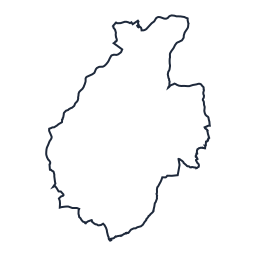 the district of Lazareni, Bihor, Romania
{"feature_id": "2599482B97627536391850", "entity_name": "Lazareni", "entity_type": "district", "adm_level": 2, "iso_a3": "ROU", "parent_name": "Romania", "parent_adm1": "Bihor", "projection": "albers", "projection_center": [22.063, 46.86], "detail": "fine", "context": "isolated", "style": "outline", "palette": "slate", "viewbox_px": 256, "rotation_deg": 0, "n_neighbors": 0, "source": "geoboundaries", "source_scale": "gbopen_adm2", "svg_char_len": 5772}
<svg xmlns="http://www.w3.org/2000/svg" viewBox="0 0 256 256"><path d="M111.3,240.1L111.2,239.5L110.8,239.1L110.8,238.8L113.4,238.3L114.3,237.8L114.9,237.0L115.7,236.4L116.1,236.7L117.2,236.2L120.1,235.7L120.6,235.9L120.8,235.5L121.3,235.4L121.7,235.6L122.0,235.2L123.5,234.4L124.2,233.8L124.6,233.9L125.3,233.6L125.7,233.2L126.1,233.4L126.2,233.2L126.1,232.9L127.0,232.7L127.7,233.1L128.4,232.9L130.5,230.2L131.1,229.6L133.7,228.4L135.7,228.3L136.7,227.6L137.5,227.2L140.9,226.3L142.9,224.7L144.5,222.1L146.2,220.1L146.2,219.3L146.6,219.0L148.6,216.4L148.6,216.0L149.7,215.3L150.3,214.4L152.5,212.4L153.5,211.2L153.5,210.9L153.3,210.5L153.7,209.9L153.6,209.5L154.3,206.6L154.8,203.3L155.6,202.2L157.0,198.5L156.9,197.9L156.9,196.6L157.1,195.6L156.9,195.2L156.5,193.8L156.9,193.2L157.0,191.3L156.9,189.6L157.0,189.0L157.2,187.7L157.4,187.1L157.7,186.9L158.1,186.4L160.7,181.6L161.5,179.7L162.3,177.3L165.4,177.4L166.0,177.2L167.3,175.7L171.9,175.8L177.7,175.2L179.5,165.3L179.5,164.5L178.5,159.0L178.7,158.9L179.9,159.3L180.7,160.0L182.0,160.8L183.2,161.9L183.5,162.4L183.6,162.9L186.3,165.2L187.0,166.0L187.6,166.3L188.1,166.2L189.2,166.5L190.1,167.3L191.4,167.3L191.9,167.0L192.7,167.1L194.4,167.5L194.9,167.4L196.3,167.9L196.3,168.2L197.0,168.0L197.4,167.5L198.7,166.8L198.9,165.6L198.9,165.1L198.5,164.0L198.1,163.5L197.5,163.1L196.0,160.4L196.0,160.0L196.8,159.4L197.5,159.0L197.0,157.9L195.8,156.9L195.7,156.5L195.7,156.2L196.2,156.1L196.0,155.5L196.2,154.8L196.3,155.0L196.3,154.2L196.7,154.1L196.9,153.6L197.2,153.5L197.1,152.9L196.9,152.3L197.0,150.2L197.6,149.5L197.6,149.1L198.9,148.4L199.1,148.1L200.0,148.0L200.6,147.7L201.6,147.8L202.1,147.6L202.3,147.9L203.2,148.0L203.3,147.9L204.6,148.3L205.0,148.3L204.9,147.7L205.2,147.3L205.3,146.6L205.1,145.9L204.8,145.5L205.2,145.5L205.4,145.7L205.6,145.7L205.9,145.2L205.8,144.2L206.0,141.6L207.2,141.4L207.6,141.0L207.9,140.4L208.0,140.4L208.1,140.1L208.1,139.7L207.8,139.7L208.3,138.6L208.6,138.6L208.7,138.2L208.9,138.3L209.2,138.0L207.9,133.8L207.6,131.9L207.3,131.2L207.3,130.8L207.6,130.6L207.2,129.9L205.1,128.3L204.6,127.3L205.7,126.8L206.2,126.8L206.5,126.5L207.2,126.3L207.4,126.0L208.5,125.7L209.8,125.7L209.6,124.5L209.4,121.8L208.8,119.6L208.4,117.4L207.9,116.7L206.6,115.9L205.4,114.6L204.7,112.8L204.3,110.9L204.7,107.0L204.0,104.7L203.9,102.6L203.7,101.4L203.1,100.5L202.8,99.9L202.9,99.2L203.1,98.7L203.6,98.0L203.8,97.4L204.0,95.8L203.9,95.3L203.5,94.6L203.3,93.4L203.3,92.5L203.9,90.4L203.9,89.8L203.6,89.2L203.7,88.0L203.4,87.0L202.3,86.0L201.1,84.4L199.8,83.8L198.4,83.8L196.4,84.4L192.9,85.0L189.4,86.1L187.1,86.1L183.9,85.9L181.4,86.0L179.0,85.7L176.8,84.8L175.6,84.0L174.4,83.6L173.3,84.3L172.6,84.5L170.4,85.5L169.1,87.0L168.2,87.7L168.4,87.1L169.1,86.1L169.4,85.4L169.4,82.9L169.6,82.2L169.6,81.5L169.1,80.2L169.1,79.0L168.5,78.0L167.8,74.3L168.3,71.7L169.1,70.5L169.5,69.5L170.0,66.2L170.0,65.3L169.7,63.5L169.6,60.9L169.7,58.7L170.0,57.4L169.9,54.4L170.0,53.7L170.3,52.9L171.5,50.9L173.5,48.2L175.1,45.0L176.7,42.9L177.8,42.3L179.3,41.7L180.7,40.9L181.6,40.6L182.1,40.1L183.6,37.8L183.7,37.3L183.8,35.4L184.7,32.5L186.1,30.4L187.4,28.5L187.9,27.5L188.1,26.5L188.4,23.8L188.5,23.5L188.3,23.4L187.6,20.0L187.7,18.6L187.6,18.3L186.4,18.0L184.3,17.0L180.4,16.4L176.4,16.3L174.4,15.7L171.7,15.4L170.0,15.9L168.8,16.7L168.1,17.7L166.7,18.5L165.9,18.7L164.2,18.6L160.3,17.2L158.7,17.0L157.9,17.1L156.4,17.9L155.8,18.7L154.2,21.4L151.6,23.3L146.3,29.1L144.7,30.0L143.6,30.3L141.6,30.4L141.3,28.4L141.1,27.9L140.7,27.4L139.5,26.4L138.9,27.1L138.6,26.9L138.3,27.2L137.8,26.8L137.2,25.7L138.6,24.7L138.1,23.7L138.1,22.3L138.5,21.5L137.9,20.7L132.7,24.2L131.4,22.3L130.0,23.1L128.3,22.3L126.4,21.8L124.7,21.8L120.7,23.1L118.8,23.2L117.0,23.2L116.3,22.6L115.8,22.6L114.7,24.1L113.7,25.1L113.0,26.0L113.4,26.3L113.4,27.4L113.6,27.7L113.7,28.1L114.4,28.7L114.8,29.6L115.1,29.8L115.9,32.7L115.7,34.6L115.8,35.7L116.0,36.3L115.9,36.8L116.7,39.1L116.8,39.7L116.8,40.4L116.5,41.1L116.2,41.4L115.8,41.3L115.4,41.5L115.2,41.9L114.7,42.5L113.7,43.2L122.2,49.4L121.2,51.9L120.8,52.4L118.3,54.3L116.6,54.9L113.9,54.7L111.6,55.4L111.2,55.8L109.8,58.3L108.6,60.9L107.8,62.2L106.2,64.2L104.4,65.9L102.8,66.7L99.5,66.8L98.8,67.0L96.9,68.0L95.9,69.2L94.8,71.9L94.3,72.9L92.3,74.3L86.8,76.8L86.3,77.2L86.0,77.6L85.6,78.5L85.6,79.9L85.6,81.0L85.5,81.8L84.6,84.6L84.1,85.6L83.8,86.7L82.5,88.8L80.5,90.6L79.2,92.0L78.6,93.6L78.5,95.3L78.1,97.5L78.2,98.5L77.7,100.5L76.8,101.8L75.9,102.6L75.1,103.6L74.2,105.9L71.9,107.8L71.1,108.0L69.0,109.1L68.1,110.0L66.0,110.7L64.1,112.7L63.8,113.4L63.8,114.2L63.3,117.0L63.1,117.7L62.6,118.3L62.7,118.8L62.6,119.2L62.4,119.5L62.0,119.8L62.1,120.5L62.0,122.1L61.8,122.3L59.0,123.9L58.0,124.6L57.3,125.3L54.1,127.3L52.3,127.4L51.2,128.0L49.2,128.7L49.1,130.3L49.2,131.0L51.2,135.6L51.7,137.0L51.6,137.4L51.4,138.4L50.9,139.3L49.5,141.4L48.1,145.0L46.9,147.6L46.5,149.4L46.3,151.3L46.2,153.6L46.3,154.8L47.0,157.2L48.2,159.6L49.1,160.4L49.9,161.6L50.2,162.3L50.1,163.8L49.5,164.4L49.9,169.5L50.1,169.9L51.0,169.8L52.4,171.1L53.2,171.3L53.6,171.8L54.3,174.5L54.3,176.5L55.0,181.8L55.4,183.6L53.1,186.9L55.0,186.0L56.5,187.9L58.6,191.4L60.8,191.5L63.4,194.4L63.5,195.2L63.0,195.8L61.1,196.4L58.9,198.5L59.8,200.8L60.0,203.6L59.8,207.6L61.6,207.1L65.4,206.6L67.7,206.5L68.5,206.6L72.3,208.0L76.9,208.0L79.2,208.9L78.6,210.4L78.5,213.9L78.9,215.2L79.2,217.1L80.4,218.1L81.6,220.1L82.9,221.6L84.6,222.2L85.0,222.2L85.3,222.5L85.1,223.0L85.4,223.3L85.8,223.3L86.2,222.6L87.9,221.4L91.5,220.1L91.9,220.3L91.8,220.9L91.9,221.6L94.4,223.7L95.6,224.3L96.7,224.4L98.1,225.3L99.0,225.3L101.0,225.0L103.1,223.7L104.5,225.1L106.0,227.8L106.8,230.1L107.0,231.8L108.0,235.9L108.6,237.0L108.7,238.4L108.9,239.2L110.0,240.6L110.4,240.6L111.3,240.1Z" fill="none" stroke="#1e293b" stroke-width="2"/></svg>